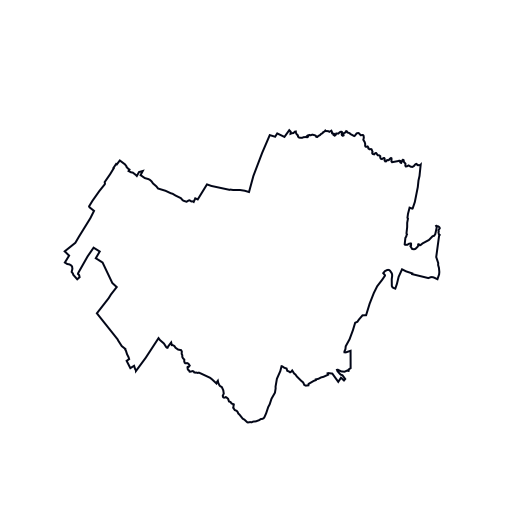 outline of Arcani, Gorj, Romania, rotated 298°
{"feature_id": "2599482B98207441284100", "entity_name": "Arcani", "entity_type": "district", "adm_level": 2, "iso_a3": "ROU", "parent_name": "Romania", "parent_adm1": "Gorj", "projection": "equal_earth", "projection_center": [23.138, 45.073], "detail": "fine", "context": "isolated", "style": "outline", "palette": "ink", "viewbox_px": 512, "rotation_deg": 298, "n_neighbors": 0, "source": "geoboundaries", "source_scale": "gbopen_adm2", "svg_char_len": 6134}
<svg xmlns="http://www.w3.org/2000/svg" viewBox="0 0 512 512"><g transform="rotate(298 256 256)"><path d="M408.4,281.0L408.0,278.8L408.7,277.7L408.6,277.0L407.0,276.9L405.6,275.8L404.7,275.9L403.6,276.7L402.9,276.2L403.0,275.2L403.6,274.6L405.8,273.7L405.8,273.1L405.4,272.4L404.5,271.8L402.7,271.2L401.9,269.4L400.4,269.5L399.2,269.0L399.3,267.8L400.5,267.7L400.5,267.1L399.9,266.1L400.1,265.5L401.0,265.0L402.0,263.7L400.1,262.5L400.1,261.1L399.1,258.9L399.3,258.3L398.1,258.1L396.9,257.2L395.7,257.1L394.4,256.2L392.7,255.7L391.3,254.7L389.8,254.2L389.5,253.3L390.2,252.4L390.2,251.2L389.6,248.8L388.2,247.5L388.0,246.4L386.6,245.0L386.0,244.8L385.7,245.9L385.0,245.6L384.7,245.0L384.8,244.4L384.3,244.0L383.4,242.4L382.0,241.2L381.0,239.2L380.8,238.1L381.2,237.0L382.2,236.3L382.5,234.9L383.7,233.2L384.6,232.7L384.1,232.0L382.1,231.3L381.2,230.0L380.1,229.1L382.0,228.3L382.7,226.3L374.5,225.2L374.2,217.2L370.3,216.9L369.2,211.4L350.1,213.0L325.5,216.1L309.2,219.8L308.3,215.3L306.8,211.0L303.6,205.0L302.6,202.2L302.0,201.6L296.9,183.7L296.2,179.1L278.6,178.0L278.4,175.3L274.5,175.6L274.6,174.6L273.8,173.3L274.0,171.2L273.3,170.4L271.3,169.2L270.8,166.4L270.8,165.1L271.8,162.5L271.6,156.5L271.8,153.2L271.4,151.3L271.1,145.5L269.6,137.8L270.7,135.4L271.7,131.0L272.9,128.7L273.4,126.6L273.4,125.0L272.6,121.2L273.2,116.1L277.9,116.1L275.2,113.3L270.7,113.2L271.1,112.0L271.8,108.1L271.2,106.3L271.2,103.6L272.9,103.7L273.0,102.5L273.7,100.1L274.3,99.6L275.4,97.3L276.4,90.9L271.5,90.1L271.6,89.3L266.8,88.8L266.7,89.2L259.8,88.8L250.2,87.7L249.1,88.6L248.3,88.8L239.9,87.2L228.1,85.7L221.6,85.3L221.3,85.4L220.8,86.3L219.8,91.8L211.6,92.0L190.1,90.6L182.8,90.3L170.3,84.9L168.6,90.8L160.5,90.3L160.3,93.1L161.0,95.3L160.9,97.2L160.4,98.5L158.5,99.9L155.4,100.7L154.6,102.5L153.6,103.5L151.5,109.1L154.5,110.2L156.1,108.8L156.6,107.2L157.8,107.0L176.7,107.5L187.1,108.7L186.6,115.9L178.8,115.6L178.2,123.6L164.7,141.8L163.2,147.6L154.0,146.0L149.5,145.7L130.7,142.4L117.4,173.0L116.7,173.9L113.4,179.8L112.6,184.3L111.9,184.5L111.6,185.3L108.7,188.3L106.8,191.0L105.4,192.4L102.7,191.0L98.0,197.7L101.8,199.9L99.4,202.4L98.7,203.6L98.1,204.0L114.3,206.4L137.7,208.5L136.7,210.6L135.5,215.8L133.4,219.5L133.2,220.6L133.4,221.0L134.9,220.9L139.8,221.7L137.8,223.5L138.2,224.2L138.2,226.2L137.2,228.0L136.8,231.2L137.7,234.0L136.9,235.3L134.7,236.3L133.8,237.5L132.3,238.3L131.4,239.6L130.9,241.3L129.4,242.0L128.3,243.1L128.1,243.8L128.4,244.6L129.1,245.4L129.2,246.2L129.0,247.3L128.1,248.9L126.4,248.6L126.0,247.7L125.7,247.7L124.0,248.9L123.4,250.1L123.5,250.7L122.7,251.7L123.1,252.4L124.7,254.2L124.7,255.3L124.2,256.1L124.5,257.2L125.0,257.8L125.4,259.5L126.2,260.3L126.4,262.8L126.9,272.6L126.5,274.9L124.9,280.9L126.6,280.7L127.9,280.9L126.3,282.2L124.6,284.5L124.3,285.3L124.2,287.4L122.0,290.2L119.4,292.1L116.9,292.3L115.9,293.3L115.9,294.3L116.6,295.2L117.2,295.5L117.3,296.1L116.8,298.4L114.9,300.4L115.1,302.1L114.3,303.6L114.6,306.0L114.2,306.3L113.1,306.4L112.0,307.1L111.3,307.1L110.0,309.6L110.2,311.6L109.6,313.1L108.6,314.3L108.2,315.9L106.1,320.7L106.1,322.5L105.1,326.3L105.2,327.0L106.6,328.8L107.1,330.2L108.5,331.3L109.9,333.5L112.6,335.9L114.2,336.7L115.2,338.1L116.3,338.9L117.7,339.1L121.9,338.8L128.4,337.7L131.4,337.7L137.3,336.7L144.2,336.9L148.3,335.5L149.8,334.6L157.4,332.1L165.7,331.5L170.7,330.3L170.9,331.0L170.6,333.5L171.0,335.8L169.3,337.5L169.5,339.2L169.3,340.7L170.4,341.4L171.9,341.7L170.1,344.9L169.9,346.4L168.8,348.6L167.1,354.2L166.5,357.0L164.8,359.2L164.9,360.8L166.4,363.0L167.8,362.5L172.8,365.6L174.5,367.1L175.1,366.7L176.9,368.8L179.4,370.5L181.0,372.3L185.0,375.4L186.0,374.3L186.6,374.9L188.0,378.6L183.5,387.7L188.4,388.2L187.4,392.1L189.3,392.5L191.3,388.3L191.0,386.5L191.3,385.4L192.6,382.0L193.5,381.0L194.0,381.6L194.1,385.4L195.4,388.5L198.1,390.6L197.8,391.3L198.0,391.7L199.5,391.2L201.4,392.2L216.7,384.0L213.0,380.5L212.5,379.3L213.2,378.9L215.7,378.7L218.4,377.6L226.4,377.7L236.0,376.4L243.6,374.9L245.5,376.4L248.2,376.7L253.6,377.9L255.4,381.0L267.4,378.7L278.7,377.4L286.2,377.2L294.5,378.6L299.2,379.1L299.7,378.7L300.6,376.4L303.1,376.9L305.1,378.3L305.8,379.2L306.1,380.1L305.9,381.3L304.6,383.8L303.8,384.7L302.3,385.6L299.3,386.7L293.3,390.0L292.4,391.3L292.4,392.9L292.6,394.3L297.6,393.5L304.6,391.7L312.8,391.2L312.9,395.8L314.0,402.2L313.3,402.4L317.4,418.5L319.6,420.5L320.3,422.1L320.5,423.2L320.7,427.1L325.7,426.3L327.9,425.4L331.4,423.1L333.6,421.0L335.3,420.2L339.7,415.6L359.7,408.2L360.8,408.3L361.0,407.3L362.7,405.9L363.5,405.8L364.4,405.0L366.8,405.2L367.3,404.7L367.6,403.9L367.7,402.9L367.4,402.2L367.4,401.1L367.1,400.9L366.4,401.9L365.6,402.3L359.5,404.0L357.5,403.8L356.3,402.6L351.4,401.2L345.4,397.2L342.8,396.1L342.4,395.6L342.8,394.3L342.6,393.8L342.2,393.8L341.4,394.4L339.9,394.3L337.1,393.4L336.1,392.3L335.5,390.6L337.2,387.7L338.0,388.0L339.7,387.1L339.8,386.8L338.6,385.3L336.9,384.3L335.9,382.4L336.1,381.8L342.1,379.4L343.8,379.5L345.2,379.1L345.9,379.2L346.7,378.2L352.5,375.9L356.3,373.9L360.4,372.6L360.8,371.8L364.6,370.4L370.8,368.9L371.2,371.8L371.5,372.0L378.2,370.9L392.8,366.5L399.0,364.0L403.4,362.8L414.0,358.5L413.1,358.2L412.7,357.0L412.2,356.5L412.1,355.8L412.7,354.5L412.4,354.1L411.3,353.5L409.6,353.2L408.1,352.3L407.5,350.7L407.6,348.2L406.1,347.2L405.4,346.3L405.8,345.5L407.7,344.6L408.5,342.4L409.9,341.4L410.0,341.0L409.9,340.5L409.2,340.3L406.4,340.5L406.3,339.9L406.5,339.3L407.6,338.6L407.4,337.7L406.6,337.0L402.7,332.1L403.1,331.2L405.5,330.0L405.9,329.7L405.9,329.2L404.6,328.5L403.2,328.3L402.6,327.8L402.3,326.8L400.6,326.4L400.2,325.7L400.7,324.7L402.2,324.0L402.7,323.3L402.3,322.6L400.7,321.7L400.5,320.6L401.1,319.6L402.5,318.8L402.7,317.6L402.1,316.2L403.3,313.8L402.9,313.1L401.2,312.6L400.9,311.1L401.5,310.2L402.6,310.1L404.4,308.0L404.4,307.3L403.5,306.1L403.7,304.7L404.5,304.3L405.1,303.1L404.3,302.3L404.0,301.5L404.1,301.2L404.6,300.6L406.2,299.8L407.6,298.5L409.0,296.2L411.0,295.7L412.6,294.6L413.0,293.9L412.9,293.3L411.8,291.8L412.7,289.1L412.6,288.5L411.5,287.3L408.6,286.8L408.0,286.4L408.0,282.0L408.4,281.0Z" fill="none" stroke="#020617" stroke-width="2"/></g></svg>